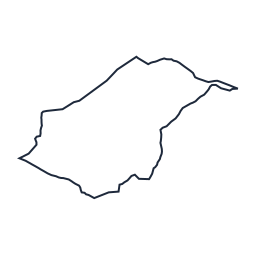 outline of Pedras de Fogo, Paraíba, Brazil, rotated 278°
{"feature_id": "56859067B82910298217530", "entity_name": "Pedras de Fogo", "entity_type": "district", "adm_level": 2, "iso_a3": "BRA", "parent_name": "Brazil", "parent_adm1": "Paraíba", "projection": "natural_earth1", "projection_center": [-35.067, -7.353], "detail": "fine", "context": "isolated", "style": "outline", "palette": "slate", "viewbox_px": 256, "rotation_deg": 278, "n_neighbors": 0, "source": "geoboundaries", "source_scale": "gbopen_adm2", "svg_char_len": 1750}
<svg xmlns="http://www.w3.org/2000/svg" viewBox="0 0 256 256"><g transform="rotate(278 128 128)"><path d="M148.2,76.0L146.0,70.7L137.5,60.6L133.6,45.2L132.4,41.7L130.8,40.5L128.6,40.7L126.1,40.7L124.2,41.2L122.1,41.5L120.1,41.9L118.4,42.4L115.8,41.9L113.4,41.7L110.5,42.2L107.9,42.1L106.7,38.8L104.5,37.5L102.9,38.3L101.2,39.3L98.7,39.7L88.8,33.2L82.9,24.7L81.3,31.2L80.3,33.7L79.5,35.8L78.6,38.0L77.3,41.4L75.8,45.2L74.9,47.2L73.5,50.8L71.9,54.7L70.7,58.7L70.2,63.5L69.4,66.3L69.2,68.7L69.4,70.9L68.8,76.5L67.4,79.6L66.5,81.3L65.4,83.7L64.1,87.6L62.4,89.0L60.0,89.9L57.8,91.1L57.8,94.0L56.5,95.7L56.2,98.3L53.9,104.3L61.6,117.9L63.7,127.5L70.7,127.5L71.8,130.1L73.7,131.9L76.0,134.8L78.2,136.3L81.0,138.1L82.7,141.3L79.2,145.9L80.3,156.0L82.9,157.1L86.1,158.3L91.7,159.0L93.0,160.4L95.6,161.9L98.0,162.1L99.6,162.9L101.7,163.9L103.7,164.1L107.1,164.9L109.4,164.9L111.9,164.4L117.8,162.2L119.7,162.3L123.1,162.2L126.3,161.9L130.7,160.4L133.1,162.3L135.1,166.0L140.3,169.9L144.1,173.8L148.8,176.5L152.2,177.7L155.4,179.4L160.9,186.5L162.1,188.7L163.9,191.2L166.7,193.3L169.1,195.4L171.6,198.8L175.6,201.4L177.5,202.5L180.5,203.6L182.3,205.2L182.9,209.0L180.3,214.6L179.2,223.6L181.2,225.9L182.3,231.3L183.1,227.7L183.8,224.9L184.4,222.6L185.0,219.9L185.9,216.0L186.7,212.7L187.2,209.8L186.6,207.1L185.5,203.8L184.7,201.2L185.1,198.5L185.7,195.7L186.3,192.4L186.7,190.4L187.6,187.4L189.2,186.3L191.5,184.8L193.1,182.2L194.9,178.8L196.4,175.9L198.3,172.4L199.7,169.9L200.8,166.9L201.0,163.7L202.1,161.6L201.7,158.8L201.5,156.6L201.9,154.1L201.0,152.2L200.1,150.3L198.4,147.6L197.4,145.6L196.7,143.5L195.8,141.6L194.0,139.1L198.6,128.2L199.7,126.4L184.4,109.2L179.7,105.9L171.9,100.3L148.2,76.0Z" fill="none" stroke="#1e293b" stroke-width="2"/></g></svg>